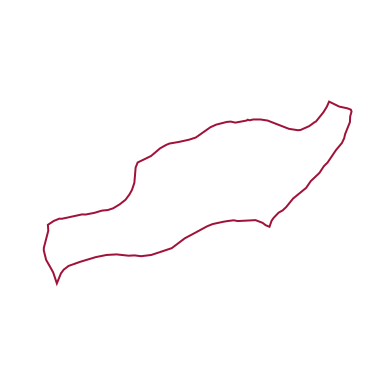 San Miguel Acatán, Huehuetenango, Guatemala, rotated 291°
{"feature_id": "79465075B13081043036874", "entity_name": "San Miguel Acatán", "entity_type": "district", "adm_level": 2, "iso_a3": "GTM", "parent_name": "Guatemala", "parent_adm1": "Huehuetenango", "projection": "robinson", "projection_center": [-91.621, 15.749], "detail": "fine", "context": "isolated", "style": "outline", "palette": "rose", "viewbox_px": 384, "rotation_deg": 291, "n_neighbors": 0, "source": "geoboundaries", "source_scale": "gbopen_adm2", "svg_char_len": 1294}
<svg xmlns="http://www.w3.org/2000/svg" viewBox="0 0 384 384"><g transform="rotate(291 192 192)"><path d="M325.8,310.8L325.8,307.0L324.5,298.8L325.5,287.6L319.8,287.3L313.5,286.1L302.3,282.5L301.5,281.7L295.5,277.8L288.8,271.1L287.6,268.6L285.7,259.8L285.8,237.0L284.2,229.7L281.6,223.1L279.6,220.1L279.4,218.0L278.3,217.4L272.3,207.6L271.6,202.9L269.9,199.4L263.6,190.5L259.1,186.0L244.2,176.0L239.7,170.4L233.9,161.6L229.1,153.5L226.6,150.9L221.4,146.6L211.0,140.9L200.1,130.7L194.7,130.6L179.9,134.9L172.5,135.2L167.4,134.5L160.9,132.7L154.4,128.8L148.5,124.2L145.0,119.9L142.3,114.5L137.6,108.4L132.8,100.7L131.7,97.4L120.5,80.3L119.5,77.6L115.4,73.3L109.7,69.2L104.4,71.7L86.7,73.7L84.3,74.6L76.4,80.1L69.9,88.0L67.1,91.3L58.2,98.6L69.1,98.8L73.6,100.1L78.8,103.3L86.5,112.3L96.8,125.6L102.6,134.8L106.7,143.9L109.8,155.6L112.2,161.0L113.8,167.4L118.6,176.5L132.3,193.2L146.1,201.8L165.5,218.5L169.5,222.8L175.3,231.7L177.4,235.2L180.5,241.0L181.3,245.2L188.5,261.4L188.5,269.0L187.4,272.7L187.3,276.8L193.7,276.6L197.2,277.5L203.8,280.3L207.3,283.2L211.6,285.3L222.1,288.7L236.8,297.1L244.8,299.0L255.4,304.1L263.5,305.9L268.1,308.0L282.7,311.4L291.5,314.4L296.7,314.8L301.0,314.2L313.8,314.4L319.2,312.6L324.3,312.1L325.8,310.8Z" fill="none" stroke="#9f1239" stroke-width="2"/></g></svg>